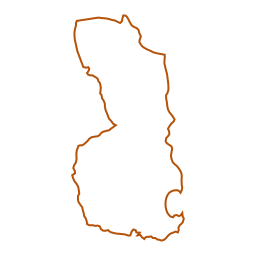 Palhoça, Santa Catarina, Brazil (Mercator projection)
{"feature_id": "56859067B52054946990631", "entity_name": "Palhoça", "entity_type": "district", "adm_level": 2, "iso_a3": "BRA", "parent_name": "Brazil", "parent_adm1": "Santa Catarina", "projection": "mercator", "projection_center": [-48.656, -27.763], "detail": "fine", "context": "isolated", "style": "outline", "palette": "amber", "viewbox_px": 256, "rotation_deg": 0, "n_neighbors": 0, "source": "geoboundaries", "source_scale": "gbopen_adm2", "svg_char_len": 2945}
<svg xmlns="http://www.w3.org/2000/svg" viewBox="0 0 256 256"><path d="M164.7,54.8L162.6,54.3L159.6,53.8L156.6,53.2L153.6,52.4L149.9,50.6L146.6,49.1L144.1,47.7L142.1,46.2L140.7,44.3L139.3,41.9L140.0,38.9L140.9,36.4L139.5,33.6L138.4,29.7L136.5,28.0L133.6,26.8L131.6,25.2L130.3,23.0L129.2,21.0L128.3,19.2L127.2,17.2L125.7,15.7L123.3,15.4L122.5,18.0L122.0,21.1L120.1,23.0L117.0,21.5L114.4,20.3L112.0,20.0L109.8,19.2L105.9,18.4L101.4,18.0L98.4,17.6L76.8,20.9L76.0,23.1L76.0,25.4L75.1,28.4L74.4,32.8L74.5,35.5L74.7,38.9L77.3,51.0L83.3,67.0L86.0,67.7L88.3,67.2L89.3,69.0L88.4,71.2L87.0,73.1L88.2,74.7L90.5,75.4L92.4,75.3L94.4,76.5L96.4,77.7L97.8,79.0L98.4,81.3L99.8,82.8L100.3,84.8L100.8,87.7L100.5,91.0L100.1,93.3L101.6,95.2L102.0,98.2L103.2,99.9L104.3,102.1L104.9,104.1L104.9,106.8L105.7,110.4L107.1,113.6L108.2,116.6L108.9,118.5L111.1,120.9L113.3,123.9L115.8,125.2L113.2,127.1L111.1,128.6L108.9,130.3L106.6,130.8L104.8,131.3L102.7,131.9L101.0,133.2L99.6,135.1L97.5,136.3L94.8,136.6L91.7,137.2L89.1,138.9L87.6,141.0L86.1,142.4L84.0,144.2L82.1,145.3L80.2,145.3L78.4,145.9L77.7,148.0L76.8,150.2L76.4,153.2L76.4,155.9L76.6,159.1L75.8,162.7L74.1,165.2L73.3,168.1L74.8,170.8L75.0,173.3L72.2,175.2L73.1,178.2L74.4,181.1L76.4,183.7L78.1,186.5L78.6,189.0L78.9,191.2L79.3,193.7L78.1,195.7L77.9,198.7L78.3,201.6L80.3,204.7L82.3,207.4L82.7,209.7L83.3,211.8L83.9,214.1L84.2,216.1L85.7,218.3L86.8,221.5L87.0,224.0L89.4,225.3L92.7,225.2L95.2,225.9L97.8,225.6L99.9,226.5L100.8,228.9L102.9,230.6L105.2,230.8L108.1,230.1L109.5,231.5L111.4,232.4L113.7,233.0L116.6,233.6L119.3,233.8L121.2,234.0L123.2,234.2L125.7,234.6L128.4,235.6L130.3,235.4L131.0,233.4L131.9,231.1L133.4,229.5L135.7,230.2L136.3,232.4L139.6,232.7L137.6,235.3L140.2,234.8L142.1,237.4L144.3,239.0L145.5,237.3L147.3,236.8L149.3,236.8L151.2,236.4L152.8,238.0L155.5,238.1L157.1,239.4L159.2,239.7L161.3,240.6L163.7,240.0L165.8,238.4L167.8,236.0L170.1,233.8L173.2,232.6L175.6,231.6L177.9,232.4L178.7,230.0L178.5,227.7L179.6,225.3L181.3,223.9L182.8,222.1L183.8,218.6L182.7,216.3L182.3,213.0L180.6,215.5L178.6,216.0L176.4,215.0L174.3,215.5L173.1,217.3L170.4,216.5L168.4,214.3L167.3,212.6L166.4,210.2L165.7,207.1L165.5,204.2L165.6,201.5L166.2,198.4L167.0,196.2L168.0,194.3L169.5,192.5L171.3,191.4L174.1,190.4L177.2,190.2L179.2,191.1L180.5,192.8L181.8,190.1L182.2,187.2L181.7,184.3L181.6,181.4L181.6,178.9L181.8,176.2L181.5,173.7L180.7,171.5L179.4,169.4L178.2,167.6L176.4,165.6L174.8,164.3L172.9,162.4L171.4,158.7L171.0,155.8L171.3,153.4L171.7,151.1L172.2,148.8L171.5,146.4L169.4,145.0L166.8,143.2L165.6,141.3L166.2,138.2L167.8,136.4L169.3,134.4L169.2,131.8L168.0,128.7L169.8,125.7L171.5,123.4L173.6,121.5L174.6,119.4L172.7,116.4L170.6,113.7L169.3,112.0L168.1,109.6L167.4,106.9L167.1,104.6L166.7,101.2L166.1,98.3L166.1,95.2L167.4,93.1L168.4,90.1L168.4,86.5L168.2,83.1L167.6,78.6L167.1,74.4L166.0,70.2L165.4,67.9L164.4,63.3L164.5,60.0L164.8,57.0L164.7,54.8Z" fill="none" stroke="#b45309" stroke-width="2"/></svg>